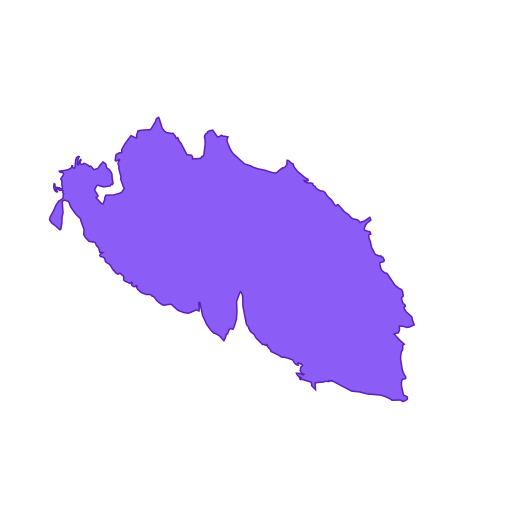 Corunca, Mures, Romania (Robinson projection), rotated 218°
{"feature_id": "2599482B95867949885200", "entity_name": "Corunca", "entity_type": "district", "adm_level": 2, "iso_a3": "ROU", "parent_name": "Romania", "parent_adm1": "Mures", "projection": "robinson", "projection_center": [24.644, 46.518], "detail": "fine", "context": "isolated", "style": "filled", "palette": "violet", "viewbox_px": 512, "rotation_deg": 218, "n_neighbors": 0, "source": "geoboundaries", "source_scale": "gbopen_adm2", "svg_char_len": 6125}
<svg xmlns="http://www.w3.org/2000/svg" viewBox="0 0 512 512"><g transform="rotate(218 256 256)"><path d="M351.4,332.6L354.6,331.0L355.6,330.1L357.3,330.1L357.9,329.4L358.1,328.1L359.5,326.1L367.6,328.5L368.0,328.3L369.7,326.1L370.2,325.0L370.6,323.7L370.2,322.5L370.8,321.2L370.8,320.5L369.9,318.0L368.0,316.5L364.9,312.8L359.4,303.7L359.3,302.3L360.0,300.6L359.6,298.9L365.8,293.5L367.2,295.2L369.0,295.6L372.8,293.3L384.6,298.7L387.4,299.3L390.6,301.1L390.8,300.0L391.7,299.7L393.5,300.9L397.1,301.6L398.3,300.4L402.6,298.2L405.3,298.1L408.5,298.9L417.3,305.0L418.3,305.2L418.9,303.5L418.8,302.0L417.9,299.8L417.0,292.2L417.1,290.7L417.6,289.9L422.2,286.0L426.0,282.2L424.7,278.1L422.9,275.7L423.2,275.2L428.6,273.9L428.4,264.3L427.8,259.9L427.3,257.0L425.5,254.9L427.3,253.1L428.6,250.1L428.5,249.1L426.0,245.0L425.3,244.4L424.6,244.9L423.1,247.8L422.5,247.5L422.1,244.6L421.3,243.5L419.1,242.3L418.3,240.7L411.1,235.2L410.0,233.3L403.7,229.2L401.4,228.3L401.1,223.9L401.9,221.8L405.8,216.3L411.3,212.0L411.7,211.2L411.2,209.2L409.7,206.7L408.6,202.9L409.3,202.4L410.6,202.3L418.0,203.5L417.3,205.7L417.8,206.4L423.1,208.3L423.9,208.9L424.8,213.3L424.5,214.0L423.8,214.7L421.1,215.5L418.3,216.9L414.0,221.6L414.0,223.8L413.1,224.0L413.5,225.5L416.6,228.1L419.8,231.7L421.9,232.9L425.3,233.8L427.3,233.4L429.1,234.3L430.5,235.8L431.9,236.1L434.5,235.9L434.8,231.8L434.5,228.3L434.9,227.0L437.0,224.2L441.2,225.1L442.1,224.8L442.3,224.0L444.6,224.1L448.1,223.4L448.8,222.9L449.3,220.9L450.2,220.7L451.2,220.8L452.2,221.4L452.7,221.9L452.9,223.9L453.6,224.2L453.8,223.7L453.7,222.7L452.1,218.8L452.2,218.2L452.7,218.2L454.0,219.5L456.0,223.0L456.4,225.4L457.5,225.0L457.9,223.0L457.2,220.5L454.0,215.7L453.1,213.7L453.5,212.9L454.1,212.9L455.3,213.2L456.1,214.1L456.6,213.8L455.8,211.7L457.4,208.0L460.9,204.0L463.3,201.8L462.8,201.4L461.5,201.6L459.9,202.8L458.8,202.6L457.9,201.7L457.5,200.2L457.5,197.4L457.1,196.4L455.1,195.6L453.2,193.0L450.2,190.2L450.2,189.7L450.9,188.9L452.9,188.7L456.5,186.7L457.1,186.7L458.1,188.3L459.0,188.9L459.6,188.7L458.2,186.2L456.8,184.9L454.9,183.7L452.6,183.6L452.1,184.1L452.2,184.7L455.1,185.4L453.0,187.1L451.1,186.8L448.9,188.7L448.2,188.7L447.5,187.2L445.7,186.5L445.7,185.8L443.6,182.5L445.2,177.7L444.9,173.2L443.2,166.4L442.3,160.3L441.2,157.7L439.9,157.0L436.6,156.1L434.0,156.4L426.7,155.9L426.2,156.6L429.1,162.3L432.4,166.6L434.7,171.3L441.7,179.0L442.2,180.1L441.1,182.3L437.4,183.4L436.3,183.1L432.4,180.6L427.2,179.0L423.0,177.9L417.1,177.3L415.7,175.9L407.7,170.9L405.1,166.9L401.4,165.4L396.7,164.8L393.4,166.3L392.8,167.2L390.8,167.5L388.0,165.9L385.0,165.5L381.5,162.8L379.0,164.2L379.9,162.3L379.6,160.6L379.2,160.1L378.3,159.9L375.6,161.0L373.7,160.9L371.5,159.1L370.2,158.8L366.4,159.2L364.3,158.8L360.6,157.2L355.4,156.3L353.4,156.7L352.7,158.7L348.6,158.5L347.6,158.3L345.6,155.7L344.5,155.4L338.4,156.8L337.9,158.6L336.6,158.6L336.6,157.2L335.8,156.5L333.4,156.6L332.6,157.2L332.2,159.0L331.0,159.0L330.9,157.8L328.4,156.8L323.7,156.5L318.4,158.3L317.0,159.6L314.3,160.9L313.6,160.4L311.3,161.0L306.4,159.7L302.6,159.6L299.2,160.0L297.7,160.9L295.7,163.4L293.0,165.8L284.1,165.1L278.0,167.0L274.3,169.1L272.8,171.2L269.9,176.7L267.1,177.6L268.4,179.7L271.7,183.3L272.3,184.3L271.7,184.8L261.4,176.2L252.6,171.7L246.1,169.8L241.8,169.2L240.4,169.9L236.0,170.6L229.1,169.5L229.8,172.7L231.3,176.5L230.5,177.1L231.8,181.5L231.5,183.2L229.2,183.9L229.1,184.4L229.6,186.6L232.4,194.0L236.9,200.6L243.3,208.2L245.7,215.5L246.3,217.7L246.0,218.5L242.8,216.9L241.0,215.3L235.5,208.5L222.6,197.2L220.8,196.0L218.4,195.6L217.5,194.7L214.3,193.2L212.1,192.9L209.4,193.1L205.3,191.4L196.2,190.3L195.4,191.1L193.4,191.5L193.1,191.8L193.3,192.8L192.9,192.9L191.8,192.5L191.4,191.8L187.0,191.0L185.3,190.0L175.6,192.1L174.6,191.9L172.5,192.6L171.6,193.5L168.1,195.1L162.9,196.7L160.2,195.5L158.0,195.2L156.5,195.4L155.5,196.0L157.0,197.0L156.9,197.9L154.5,198.2L154.0,199.0L151.8,198.4L152.3,196.0L150.7,193.0L147.5,191.6L145.4,192.3L145.4,191.4L149.6,190.3L152.0,188.5L150.5,187.8L146.9,187.0L146.4,187.8L145.4,188.0L145.2,187.2L145.7,186.2L145.3,185.9L144.8,186.0L144.3,186.9L134.7,190.6L132.3,188.1L126.8,187.3L131.2,192.3L129.0,194.8L125.6,197.9L123.9,200.3L121.2,202.0L121.8,202.7L119.3,204.0L119.5,204.5L97.4,208.4L90.8,212.6L83.0,216.0L72.1,223.2L67.7,224.8L62.5,226.0L60.0,226.1L53.4,231.5L50.6,231.7L49.0,234.7L48.7,236.5L49.8,238.0L50.8,238.1L53.5,237.3L54.7,237.7L61.2,243.0L63.2,245.5L64.6,248.1L64.5,249.1L62.8,251.2L62.7,251.9L63.7,253.0L66.8,254.0L70.7,256.4L78.3,263.5L80.6,266.5L82.4,269.9L82.7,272.2L83.3,273.2L85.4,275.8L84.8,277.8L91.2,278.2L99.1,279.6L98.9,280.3L96.4,283.3L97.1,284.1L96.9,284.9L97.5,286.2L99.9,289.2L95.8,291.6L93.1,292.6L91.5,294.3L88.9,299.1L93.9,302.3L95.2,303.6L96.8,304.1L103.4,304.5L107.3,306.1L107.6,306.8L107.3,308.0L107.4,308.5L108.6,309.2L111.0,309.3L113.4,310.6L115.6,312.6L115.3,315.2L118.6,318.2L120.3,319.0L121.4,319.1L122.7,318.6L125.1,318.5L128.8,318.6L140.7,322.6L142.5,322.9L143.8,322.1L148.1,322.0L151.6,324.2L153.6,326.0L154.1,327.0L153.5,328.2L152.1,329.9L152.0,331.2L152.4,331.7L155.2,333.1L156.6,332.7L157.2,333.1L159.4,331.7L163.1,330.7L170.3,334.0L174.2,337.3L178.9,340.4L180.0,342.0L180.1,342.6L179.0,343.8L180.4,344.9L181.4,345.2L183.5,344.1L186.4,343.1L187.8,344.6L188.7,348.4L188.8,350.2L187.6,355.0L190.1,356.6L192.2,350.2L194.0,347.7L194.0,347.0L194.7,346.5L196.5,347.0L198.5,347.0L202.1,345.1L203.9,344.8L209.9,345.6L213.0,345.2L222.8,347.0L223.5,346.6L223.5,345.4L223.9,344.8L225.4,344.7L231.0,346.7L235.3,346.9L238.3,347.6L240.2,348.4L241.7,348.5L243.1,348.4L245.0,347.1L248.9,346.4L250.7,346.5L252.4,347.2L254.6,346.8L255.6,347.9L256.5,347.9L258.3,347.1L259.9,345.5L263.2,344.6L264.5,345.0L261.4,347.0L261.3,347.5L262.5,348.5L263.5,348.1L266.6,347.9L275.7,348.3L280.5,349.5L283.5,351.4L285.2,351.0L289.2,351.2L290.4,350.6L288.0,347.0L287.9,343.4L289.6,341.4L289.5,340.4L290.1,339.7L291.1,334.1L293.7,332.0L301.9,329.0L308.0,326.0L312.5,324.3L315.3,323.9L321.9,321.5L336.9,322.6L339.9,323.4L343.7,325.2L349.5,328.6L350.7,330.3L351.4,332.6Z" fill="#8b5cf6" stroke="#5b21b6" stroke-width="1.5"/></g></svg>